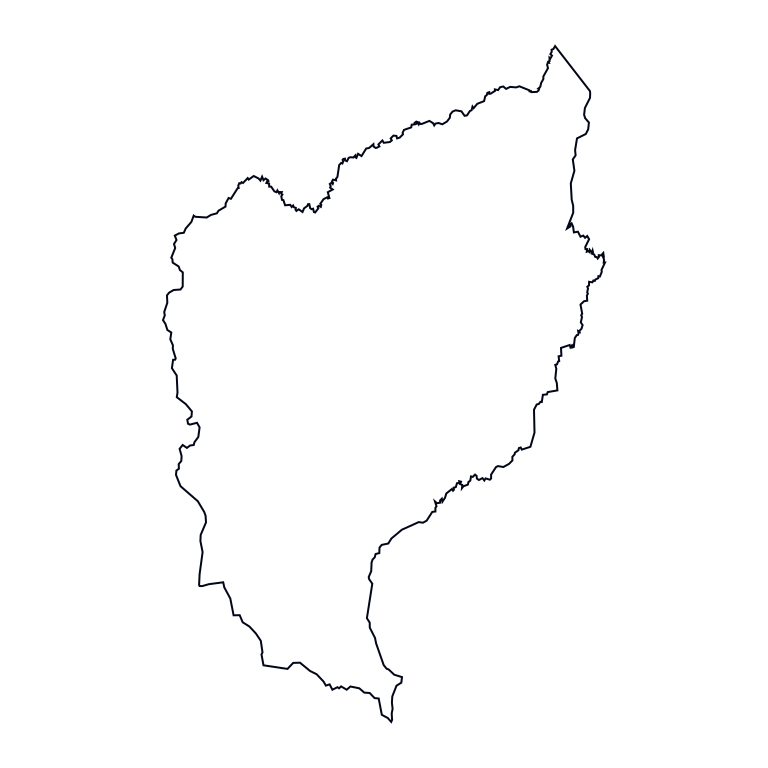 Rattaphum, Songkhla, Thailand
{"feature_id": "78962969B64238633533340", "entity_name": "Rattaphum", "entity_type": "district", "adm_level": 2, "iso_a3": "THA", "parent_name": "Thailand", "parent_adm1": "Songkhla", "projection": "equal_earth", "projection_center": [100.221, 7.064], "detail": "fine", "context": "isolated", "style": "outline", "palette": "ink", "viewbox_px": 768, "rotation_deg": 0, "n_neighbors": 0, "source": "geoboundaries", "source_scale": "gbopen_adm2", "svg_char_len": 6083}
<svg xmlns="http://www.w3.org/2000/svg" viewBox="0 0 768 768"><path d="M577.9,335.0L578.6,333.4L578.2,331.1L579.6,331.9L579.4,330.8L581.5,328.8L582.6,325.1L580.8,322.4L582.0,317.0L581.2,315.2L582.2,313.8L580.5,304.5L584.1,301.2L587.2,300.7L586.9,295.5L587.9,293.7L587.2,292.4L588.0,288.5L587.3,286.7L589.0,285.4L589.1,281.8L592.4,282.3L593.4,280.5L594.8,280.9L595.3,279.6L598.2,278.2L598.4,276.2L599.9,276.5L601.8,271.8L601.5,270.0L605.0,262.5L603.7,262.6L604.1,259.7L602.8,256.4L603.8,256.6L603.3,253.0L601.1,255.4L598.8,255.2L599.0,256.8L597.7,258.5L596.9,257.1L595.2,256.9L594.2,254.5L592.0,253.7L593.0,252.4L592.6,250.6L592.0,252.5L589.8,249.9L589.5,252.1L588.3,251.1L586.8,251.7L587.2,249.1L585.5,249.1L585.2,247.1L589.1,239.2L587.2,236.0L585.1,237.8L583.3,235.6L580.5,236.7L577.9,231.7L573.9,232.4L573.1,226.7L571.6,223.3L570.3,224.5L570.4,226.4L567.1,228.5L573.2,212.8L573.2,205.9L571.7,199.7L570.8,183.4L574.4,170.8L572.8,159.4L575.6,155.4L575.1,150.0L577.0,138.4L585.8,134.0L588.2,129.3L588.9,122.5L585.1,118.1L584.1,114.7L584.9,108.0L590.0,97.9L590.2,93.3L589.9,91.0L555.1,46.1L553.3,49.1L551.6,49.7L551.7,51.9L550.4,54.1L552.0,55.6L550.3,58.6L549.5,57.8L549.6,61.0L548.4,61.5L549.0,62.8L547.8,62.7L547.1,64.8L548.0,68.1L543.4,76.4L543.3,79.2L541.2,82.8L540.3,86.8L538.3,88.6L539.1,88.9L538.6,90.5L536.9,91.9L531.2,92.1L530.9,91.0L529.5,91.3L529.3,90.3L519.4,86.3L516.1,87.4L510.1,86.9L506.1,88.9L503.3,86.5L500.1,87.2L498.1,90.1L494.9,89.4L495.0,90.9L490.6,93.7L489.2,93.8L489.2,92.2L487.4,92.8L486.7,95.2L485.2,96.3L484.1,101.1L477.3,103.8L473.6,108.2L472.5,106.6L471.6,110.2L469.8,111.1L467.0,115.4L464.6,115.8L461.4,111.3L455.6,110.3L452.5,111.6L450.2,114.5L449.8,117.8L447.0,121.5L442.3,124.3L438.6,123.0L435.4,123.6L434.2,125.4L433.1,123.2L429.4,120.9L421.9,123.9L420.4,124.0L419.3,122.7L418.7,124.3L418.1,123.2L416.7,123.7L417.3,122.0L416.3,121.6L414.5,123.0L414.5,124.4L411.7,124.7L411.2,127.4L404.0,129.9L402.6,132.8L403.0,134.3L399.7,137.6L397.1,138.4L396.4,135.9L393.4,135.6L390.7,138.4L391.8,140.4L389.9,142.0L383.8,142.8L382.4,140.5L378.4,144.4L379.4,146.4L377.1,147.6L375.8,148.0L373.6,146.6L373.4,144.2L369.1,148.0L366.2,148.5L361.5,156.1L358.1,153.8L356.4,157.9L355.4,157.3L355.3,155.5L353.3,157.5L350.4,157.2L348.6,157.9L347.0,161.2L345.1,160.4L345.0,158.7L343.4,158.9L342.6,159.8L343.2,161.4L342.4,163.5L341.2,162.9L339.2,165.0L337.4,177.0L336.0,178.6L336.1,180.4L333.0,179.6L332.0,181.4L333.1,182.9L332.7,184.0L331.4,182.8L329.8,184.0L330.7,186.1L330.1,187.6L332.7,189.5L327.8,192.2L329.4,198.1L327.9,198.5L327.2,197.3L323.6,199.1L320.3,203.8L321.3,204.9L320.8,206.9L318.8,205.8L317.6,206.6L318.3,208.4L315.1,212.5L313.9,212.0L313.1,208.7L311.6,209.2L310.2,208.2L309.3,204.1L308.0,204.2L307.5,205.8L304.1,208.3L302.5,212.0L298.7,209.3L296.4,210.9L295.5,209.7L295.9,208.0L293.8,207.1L293.1,205.5L291.7,207.0L290.2,204.8L285.1,205.3L283.4,200.1L282.0,199.9L281.3,196.3L282.4,194.6L281.2,193.5L281.8,192.1L279.3,192.0L279.0,193.1L277.4,190.4L276.5,192.2L274.4,191.4L271.2,186.7L269.2,186.6L269.1,183.6L266.4,183.0L267.2,181.3L268.4,181.2L268.2,180.3L265.5,178.5L263.5,180.2L262.1,176.7L260.4,180.6L258.6,178.5L253.7,176.0L248.7,179.6L247.7,178.1L243.0,183.0L241.5,182.2L240.6,183.5L239.3,183.2L238.3,185.5L238.6,188.0L237.8,188.0L230.9,198.8L228.6,198.0L225.7,203.3L225.5,206.6L218.5,210.7L216.9,213.3L211.0,214.9L206.7,217.5L195.3,216.8L193.7,215.6L191.4,221.9L185.7,228.5L183.8,232.8L179.0,233.4L174.8,235.6L176.5,240.0L174.0,244.0L175.2,248.0L171.3,257.7L172.4,259.3L172.7,262.6L178.7,266.5L179.9,270.0L182.8,272.4L182.7,286.6L180.5,289.5L173.7,290.0L169.2,292.6L167.0,295.3L167.3,302.8L164.2,312.1L164.8,315.3L163.0,320.1L165.4,323.8L167.4,330.0L171.3,332.5L170.3,339.3L172.9,345.3L172.8,348.9L175.7,358.4L175.1,359.7L173.1,359.8L171.9,368.2L176.7,375.5L177.5,392.6L176.8,397.2L185.8,404.1L191.9,411.4L191.5,416.5L187.3,419.7L188.0,423.7L189.9,424.6L197.0,422.8L199.6,427.4L198.3,437.0L194.5,442.1L193.7,445.0L190.1,445.5L186.9,447.9L182.7,445.0L179.6,448.8L181.6,456.0L181.3,461.0L178.7,464.1L178.9,468.7L176.4,470.6L176.0,474.9L180.5,486.2L197.8,501.2L204.3,512.1L205.6,515.9L206.0,522.4L200.7,534.9L200.4,541.0L202.6,552.1L199.6,574.2L199.1,584.9L199.6,586.0L202.2,586.1L208.8,584.2L223.2,582.3L224.3,587.4L230.3,598.5L233.6,615.3L239.7,615.2L242.7,622.3L249.4,626.5L255.9,633.5L260.8,640.8L262.5,652.4L261.5,654.5L263.5,665.3L287.5,668.9L293.2,662.9L300.0,662.7L310.1,671.0L316.7,674.3L323.5,681.5L325.9,685.6L329.6,684.4L332.4,689.7L337.5,687.2L339.1,688.3L341.1,686.4L346.7,689.7L350.4,686.5L359.3,688.3L364.3,692.6L369.7,693.0L374.6,698.1L378.7,698.5L381.8,714.8L387.9,718.1L391.2,721.9L392.1,719.9L391.7,713.5L392.6,708.9L391.9,702.6L392.3,696.4L396.5,685.7L401.3,682.7L402.0,677.1L394.2,674.7L388.6,669.4L386.7,668.8L383.7,665.1L376.1,643.4L375.0,637.9L369.8,627.7L369.7,622.6L366.9,618.2L372.3,583.7L369.2,579.3L368.7,577.1L371.2,571.2L371.6,562.4L372.6,559.5L374.7,557.4L375.6,554.0L379.3,553.1L379.5,547.6L381.7,544.9L388.3,543.5L391.4,538.5L401.9,529.7L418.7,522.1L423.0,522.7L426.6,520.7L432.3,511.9L435.4,511.5L435.4,507.9L436.5,506.3L435.0,501.5L436.9,503.2L440.1,502.7L440.1,500.5L441.8,498.7L442.4,501.7L445.0,497.8L446.3,493.5L451.8,489.1L453.0,490.7L453.9,489.7L453.6,487.7L455.8,487.1L457.0,483.2L459.4,482.9L459.2,481.2L461.0,481.7L460.0,484.0L462.3,485.0L462.0,488.1L463.4,486.3L467.9,484.6L468.4,482.1L470.3,480.6L471.0,476.4L472.8,476.9L475.0,474.6L476.6,475.9L476.9,478.6L478.9,480.0L482.5,478.1L484.3,480.5L485.6,478.4L489.9,479.7L491.1,478.5L491.1,474.6L496.0,467.1L497.9,466.1L503.4,467.0L509.0,463.9L512.4,460.5L512.4,456.7L514.6,454.4L514.9,452.7L518.4,450.3L518.9,448.1L520.7,447.5L521.8,449.6L530.4,446.8L534.5,432.6L534.0,409.7L536.7,404.5L538.9,403.9L540.4,401.8L541.8,402.0L542.9,394.8L546.9,394.4L547.7,392.1L557.4,390.4L556.8,383.0L555.3,378.5L556.3,368.9L555.3,364.8L557.0,364.4L558.1,361.5L559.2,361.1L558.6,356.3L561.4,355.7L561.0,347.9L569.7,345.0L570.4,347.3L571.6,345.8L571.9,346.9L572.6,345.9L572.9,347.3L573.8,347.0L574.8,338.0L576.8,335.1L577.9,335.0Z" fill="none" stroke="#020617" stroke-width="2"/></svg>